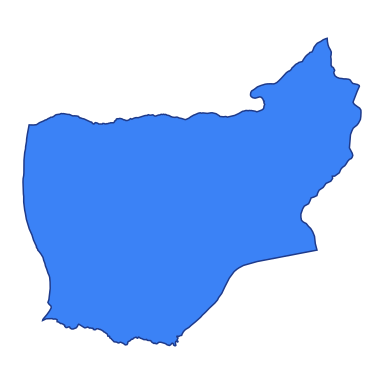 Hongsa, Xaignabouri, Laos
{"feature_id": "54806243B68130854025017", "entity_name": "Hongsa", "entity_type": "district", "adm_level": 2, "iso_a3": "LAO", "parent_name": "Laos", "parent_adm1": "Xaignabouri", "projection": "robinson", "projection_center": [101.47, 19.726], "detail": "fine", "context": "isolated", "style": "filled", "palette": "blue", "viewbox_px": 384, "rotation_deg": 0, "n_neighbors": 0, "source": "geoboundaries", "source_scale": "gbopen_adm2", "svg_char_len": 5909}
<svg xmlns="http://www.w3.org/2000/svg" viewBox="0 0 384 384"><path d="M327.2,38.3L326.0,38.6L323.1,39.8L321.0,41.3L317.3,43.2L316.1,44.5L314.1,47.1L312.9,50.3L311.9,52.0L309.8,52.5L308.9,53.7L307.7,54.4L306.2,55.8L305.3,56.8L303.3,59.7L302.4,61.5L298.7,62.5L297.4,63.6L296.7,63.8L295.7,64.4L293.1,67.0L292.2,67.7L291.1,69.6L289.4,71.1L289.0,71.0L288.1,71.5L286.4,72.7L281.3,78.3L278.8,80.8L276.9,82.5L274.8,83.6L273.6,83.9L270.4,83.8L267.3,83.9L265.1,84.2L260.9,85.5L257.4,86.9L254.3,89.3L251.6,91.0L250.8,92.5L250.5,94.3L250.6,95.7L251.3,96.7L252.8,97.7L254.6,98.1L255.5,98.1L259.6,96.9L260.8,97.1L261.6,97.5L263.0,99.3L263.6,101.0L264.2,101.2L263.9,102.2L264.1,103.3L264.7,104.3L264.0,106.2L263.9,107.2L263.7,108.2L263.2,109.0L261.8,110.0L257.9,111.5L256.8,111.8L255.2,111.2L251.1,110.5L250.1,110.6L249.1,110.4L248.1,110.8L247.2,110.5L245.7,110.5L244.3,111.0L242.5,111.3L238.8,113.5L234.7,115.4L227.4,117.1L226.2,116.6L225.4,116.5L223.8,116.8L220.3,116.5L219.8,116.4L219.4,115.8L216.1,113.7L212.3,112.8L211.0,112.8L207.4,113.4L202.9,112.9L201.5,113.2L200.2,112.8L199.8,112.9L198.3,113.2L194.9,114.7L193.9,115.0L190.9,116.7L188.8,118.2L185.7,119.6L184.7,119.5L181.7,118.5L179.2,118.0L177.5,117.2L176.2,117.1L174.9,117.4L172.2,117.1L171.6,116.7L170.7,116.6L170.2,116.1L168.9,115.5L166.9,115.1L165.7,114.4L164.7,114.6L163.7,114.2L162.7,114.5L161.1,114.3L159.6,115.0L158.5,115.0L155.7,116.1L154.4,115.9L152.9,114.8L150.6,115.2L149.9,115.2L148.2,114.7L147.2,115.5L146.3,115.4L144.8,115.6L138.2,117.7L135.9,117.6L134.1,118.1L131.8,119.2L130.9,118.7L130.5,118.6L128.8,120.0L127.3,120.5L125.7,120.5L124.8,119.9L123.7,119.8L121.8,118.8L119.8,118.4L118.2,118.8L117.1,118.7L116.4,119.1L115.7,120.4L114.6,121.1L114.4,121.9L113.7,122.7L111.9,122.8L110.8,122.7L110.1,123.0L108.5,123.3L107.9,123.7L106.8,123.6L106.2,123.9L104.9,123.9L104.1,123.5L102.8,123.4L102.3,124.0L101.1,124.0L98.7,124.0L97.7,123.2L95.6,122.6L95.0,122.8L94.4,123.7L93.7,123.9L93.2,123.9L92.5,123.1L92.1,123.0L91.6,122.1L90.9,122.1L84.0,118.9L82.1,118.5L80.7,117.9L80.0,118.0L79.7,117.6L78.8,117.0L78.5,116.4L76.9,116.0L74.3,115.8L73.8,115.9L72.4,115.8L69.3,114.4L67.8,114.4L63.5,113.6L62.4,113.7L61.2,113.5L59.2,114.4L58.7,114.3L56.1,114.7L54.5,115.7L53.7,116.5L53.2,116.6L52.3,117.2L51.0,117.2L50.6,117.3L49.6,118.0L48.1,118.6L46.4,119.8L45.2,120.0L43.7,120.9L39.4,122.7L38.0,123.7L36.4,124.7L33.4,125.0L29.1,124.9L27.3,134.5L26.6,139.1L26.5,141.5L25.6,146.7L25.5,148.9L24.7,152.6L24.0,160.2L23.9,173.0L23.7,175.5L23.1,178.7L23.0,182.1L23.4,194.0L23.7,196.4L23.7,202.0L24.7,210.2L25.3,213.0L26.4,219.4L29.3,229.0L32.0,235.0L33.5,240.0L35.8,245.0L36.5,246.2L36.3,246.5L36.5,247.5L37.7,249.3L37.8,250.1L39.4,251.9L41.0,254.1L43.0,257.4L43.7,260.3L44.9,263.4L45.5,266.1L46.6,268.8L48.1,273.4L49.2,275.7L49.7,277.6L50.1,282.1L50.2,288.6L48.9,299.6L47.9,302.4L48.8,303.9L51.0,306.1L51.2,307.0L51.1,308.1L49.6,310.8L46.9,314.6L43.5,318.6L42.8,319.6L42.6,320.5L46.2,318.8L52.2,318.6L53.1,319.1L55.5,319.0L57.1,319.7L57.1,321.7L58.5,322.0L60.7,323.6L61.4,323.5L62.8,324.0L63.7,324.8L64.4,325.0L64.7,325.3L64.8,326.4L65.9,327.5L66.8,327.6L69.1,326.8L69.9,327.3L70.2,328.2L71.8,329.0L73.2,329.0L76.3,327.8L77.3,326.5L78.2,324.7L78.8,324.2L84.6,327.8L85.5,327.8L87.7,327.0L89.6,328.1L90.4,327.9L90.9,328.1L92.9,328.3L93.2,328.6L93.4,329.5L94.3,329.5L94.7,329.8L95.7,329.6L96.4,328.8L98.3,328.8L99.3,329.4L100.3,329.4L100.8,329.8L101.5,330.0L102.7,330.9L103.4,331.2L103.7,331.8L104.9,332.3L105.4,332.8L107.1,333.9L107.4,334.4L107.9,336.2L109.3,336.2L109.6,336.4L109.6,337.2L110.0,338.0L111.2,338.6L111.6,339.3L112.2,339.8L114.1,341.8L116.6,342.1L118.1,342.9L118.9,342.9L120.0,342.3L120.7,342.2L123.5,343.5L124.8,344.6L125.4,344.9L127.0,344.6L127.6,343.6L127.8,342.3L128.2,341.7L130.4,340.5L131.4,339.3L132.6,339.2L133.9,338.0L135.9,337.2L136.3,337.3L137.2,338.2L137.7,338.2L138.3,337.3L138.5,337.1L139.0,337.2L140.4,338.2L142.5,338.9L143.4,339.5L145.1,339.7L145.9,339.6L146.3,339.4L146.7,339.5L147.0,340.1L147.7,340.4L150.6,340.6L151.9,342.2L153.8,343.4L154.5,343.4L154.9,343.1L155.9,343.7L156.8,343.8L157.2,343.6L158.7,342.4L159.8,342.2L161.1,342.3L165.1,343.5L166.2,344.1L167.2,344.9L168.4,345.1L169.2,345.5L170.5,344.9L171.9,343.3L172.7,343.2L173.3,343.7L173.4,344.6L173.7,345.1L174.6,345.7L175.5,345.7L175.9,345.2L175.5,343.9L175.5,342.2L175.7,341.6L176.0,341.3L176.4,341.2L177.6,342.0L177.8,341.9L178.0,341.6L178.0,341.3L177.2,340.8L177.1,340.4L177.1,339.8L177.9,338.4L177.9,338.0L177.9,337.7L176.9,336.9L176.9,336.3L177.3,336.2L179.0,336.3L180.3,335.6L181.6,335.4L181.8,335.1L182.0,334.3L183.1,332.2L184.5,330.4L186.1,329.1L188.8,327.5L191.2,325.3L195.6,321.7L200.6,317.2L202.4,315.1L205.8,311.9L209.1,308.4L214.9,303.0L217.6,299.8L218.5,297.8L221.8,293.3L224.8,286.9L229.3,278.1L234.2,271.5L236.8,269.3L239.0,267.8L243.5,265.4L257.3,261.5L317.0,250.1L315.3,243.6L314.5,236.3L312.7,231.8L310.7,228.5L308.5,226.4L306.3,223.6L303.4,222.1L301.5,220.3L300.9,217.2L300.9,214.0L302.7,208.8L304.3,206.1L308.6,203.7L310.0,200.8L311.1,197.9L314.0,197.0L316.9,195.6L317.8,192.7L319.2,190.1L323.2,187.4L326.0,183.4L330.8,181.2L332.6,178.5L332.3,176.2L334.7,176.1L339.3,172.8L340.8,169.3L342.4,167.4L344.8,165.7L346.2,163.8L347.6,161.4L349.4,159.4L351.3,158.5L352.2,157.2L352.8,155.4L352.2,153.2L349.4,147.9L350.5,134.6L352.0,130.6L353.2,128.2L354.8,126.8L356.8,125.3L358.4,123.3L360.4,119.5L360.8,116.6L361.0,112.4L360.9,110.1L359.6,108.1L357.2,106.5L354.4,104.4L353.1,102.5L353.3,101.4L357.2,91.2L359.4,86.3L359.2,85.5L357.5,84.5L352.7,83.4L351.4,81.9L350.3,80.1L348.9,79.3L346.1,78.9L343.8,78.9L341.9,78.5L339.5,78.3L336.9,77.3L335.1,75.9L334.6,75.3L334.6,74.8L333.9,73.3L333.8,72.8L334.0,71.8L334.7,70.4L334.6,70.0L334.3,69.4L333.9,69.1L333.8,68.5L333.6,68.0L332.9,67.3L331.6,66.6L331.6,66.0L331.1,65.5L331.1,59.2L330.7,56.7L331.1,54.9L331.3,52.1L330.4,49.9L328.8,47.1L328.0,44.7L327.4,41.4L327.2,38.3Z" fill="#3b82f6" stroke="#1e3a8a" stroke-width="1.5"/></svg>